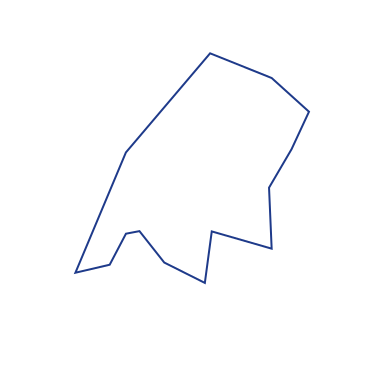 outline of Serravalle, rotated 320°
{"feature_id": "SMR-4886", "entity_name": "Serravalle", "entity_type": "state/province", "adm_level": 1, "iso_a3": "SMR", "parent_name": "San Marino", "parent_adm1": "", "projection": "orthographic", "projection_center": [12.461, 43.967], "detail": "fine", "context": "isolated", "style": "outline", "palette": "blue", "viewbox_px": 384, "rotation_deg": 320, "n_neighbors": 0, "source": "natural_earth", "source_scale": "10m", "svg_char_len": 342}
<svg xmlns="http://www.w3.org/2000/svg" viewBox="0 0 384 384"><g transform="rotate(320 192 192)"><path d="M295.0,97.4L326.3,155.9L333.2,205.7L295.8,223.2L253.8,238.2L216.6,286.6L181.8,234.9L143.4,269.9L125.4,228.2L126.6,188.2L114.6,181.5L82.2,194.8L50.8,178.9L166.8,119.2L295.0,97.4Z" fill="none" stroke="#1e3a8a" stroke-width="2"/></g></svg>